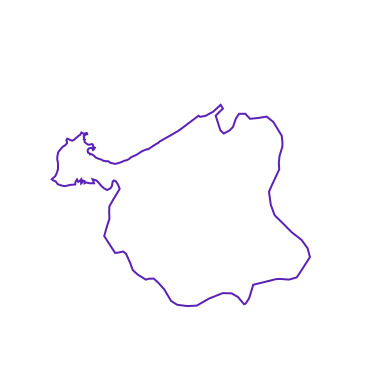 outline of Greenville, Sinoe, Liberia, rotated 122°
{"feature_id": "62588387B68895676065239", "entity_name": "Greenville", "entity_type": "district", "adm_level": 2, "iso_a3": "LBR", "parent_name": "Liberia", "parent_adm1": "Sinoe", "projection": "albers", "projection_center": [-9.039, 5.046], "detail": "fine", "context": "isolated", "style": "outline", "palette": "violet", "viewbox_px": 384, "rotation_deg": 122, "n_neighbors": 0, "source": "geoboundaries", "source_scale": "gbopen_adm2", "svg_char_len": 2709}
<svg xmlns="http://www.w3.org/2000/svg" viewBox="0 0 384 384"><g transform="rotate(122 192 192)"><path d="M123.9,226.9L143.2,234.3L147.6,236.1L155.3,240.2L166.5,246.3L168.1,246.6L171.2,248.3L177.8,251.3L179.3,252.0L179.6,252.9L183.4,255.7L186.4,257.2L187.7,257.7L189.5,258.6L192.8,260.7L194.6,262.0L197.4,262.9L199.6,264.2L201.6,266.2L204.2,267.8L206.9,270.1L208.9,272.1L210.5,276.8L210.3,279.5L211.5,281.1L211.9,282.5L212.6,283.8L212.5,284.7L212.4,285.4L212.8,286.9L213.2,288.5L213.8,291.6L213.2,294.5L213.1,295.8L213.4,298.3L214.1,298.5L213.6,299.7L213.7,301.0L212.8,302.0L211.6,302.7L210.0,302.7L208.1,301.1L207.7,299.9L208.8,298.2L207.4,297.8L205.9,297.9L206.1,298.6L206.1,299.7L205.2,300.3L204.4,301.2L204.3,302.1L205.2,303.1L206.3,304.1L206.9,305.3L206.9,307.2L206.4,309.7L205.3,310.5L204.5,310.6L204.5,311.8L203.5,311.8L202.9,312.4L202.0,313.5L199.8,312.7L198.5,311.5L197.7,312.5L198.8,313.6L200.1,314.7L200.1,315.5L200.1,317.3L202.8,317.1L204.4,318.0L205.8,318.2L207.3,318.9L210.3,319.7L211.9,320.7L212.5,322.6L212.5,324.7L213.0,326.1L214.9,325.9L215.4,324.9L216.8,323.9L219.1,324.2L220.5,324.7L221.2,325.2L223.0,325.8L227.9,326.5L229.7,326.4L230.5,326.0L232.9,325.2L235.7,323.6L238.7,320.8L243.6,317.8L246.9,316.9L250.7,316.3L255.5,317.7L255.7,316.1L255.3,313.1L256.5,310.1L255.9,306.9L254.5,303.0L253.3,301.8L250.3,298.8L247.5,295.0L245.1,296.2L242.3,296.2L243.7,293.8L241.7,293.0L240.1,292.7L241.9,291.7L243.5,290.5L242.1,290.1L240.1,290.7L239.7,288.9L241.5,287.7L240.1,286.9L239.5,285.5L238.9,283.5L236.5,279.7L234.7,281.9L233.9,283.1L232.9,279.3L233.3,277.0L234.9,272.2L235.5,268.6L235.3,265.1L232.1,263.1L229.3,263.1L225.5,264.7L223.7,264.5L223.3,262.3L224.7,259.1L226.6,256.4L227.7,255.0L232.0,254.9L240.2,254.8L244.3,254.6L246.1,254.5L247.9,254.5L253.6,251.2L258.5,247.8L265.8,246.0L267.7,245.5L275.9,243.1L284.4,225.0L282.9,222.9L279.0,218.9L279.1,217.4L279.3,215.3L285.0,206.7L289.6,200.9L290.8,194.5L290.8,184.7L288.4,182.6L285.7,178.6L286.9,172.2L289.3,163.9L294.9,153.1L295.5,151.9L295.5,144.8L291.3,135.7L285.8,127.7L273.7,121.3L271.6,119.8L261.5,112.4L257.0,104.8L256.7,97.5L259.6,88.3L258.8,87.8L257.9,87.4L252.0,87.2L238.2,90.9L221.4,74.6L219.2,71.5L214.8,63.2L208.9,57.9L202.1,57.7L184.7,57.5L178.5,64.1L174.6,73.7L173.3,86.1L171.7,93.0L171.1,95.3L168.2,108.4L167.8,109.8L161.1,118.4L151.9,126.1L150.9,126.9L143.0,128.0L126.6,130.0L121.4,133.7L115.3,136.8L105.6,139.4L101.7,141.8L96.7,145.8L93.4,152.4L89.8,159.6L89.5,160.3L88.5,168.6L94.4,175.4L99.2,181.6L97.4,188.2L100.7,193.5L106.4,193.7L115.2,191.7L120.0,192.8L125.6,196.1L124.6,200.7L114.7,212.4L104.9,210.0L102.9,213.9L112.7,216.6L120.3,220.9L124.0,225.0L123.9,226.9Z" fill="none" stroke="#5b21b6" stroke-width="2"/></g></svg>